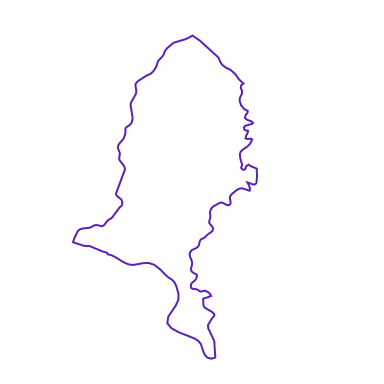 SVG path tracing the border of Río Negro, rotated 300°
{"feature_id": "URY-9", "entity_name": "Río Negro", "entity_type": "Department", "adm_level": 1, "iso_a3": "URY", "parent_name": "Uruguay", "parent_adm1": "", "projection": "equal_earth", "projection_center": [-57.526, -32.894], "detail": "fine", "context": "isolated", "style": "outline", "palette": "violet", "viewbox_px": 384, "rotation_deg": 300, "n_neighbors": 0, "source": "natural_earth", "source_scale": "10m", "svg_char_len": 3569}
<svg xmlns="http://www.w3.org/2000/svg" viewBox="0 0 384 384"><g transform="rotate(300 192 192)"><path d="M60.3,294.9L57.3,292.1L56.3,288.2L57.2,284.7L59.5,281.6L64.7,275.8L66.2,272.0L66.4,267.5L63.9,250.7L63.7,242.5L66.0,236.3L72.0,233.8L85.5,234.7L91.8,234.1L97.1,231.2L102.6,225.5L105.0,222.0L106.0,218.7L106.2,214.2L106.9,210.7L109.0,203.4L110.1,195.6L108.8,189.8L105.9,185.2L99.5,177.7L98.0,174.5L97.2,170.9L97.0,166.8L97.2,158.1L97.0,153.7L95.9,150.3L96.9,148.8L95.7,143.8L94.0,130.3L92.3,127.5L91.1,124.4L89.0,114.1L93.3,113.2L100.8,112.7L102.0,112.9L103.6,113.7L104.6,114.4L105.3,115.0L105.7,115.7L105.8,115.7L109.7,121.0L110.4,121.6L111.1,122.2L114.3,124.1L114.9,124.8L115.4,125.5L116.2,127.2L117.1,130.6L117.3,131.0L117.7,131.6L118.8,132.2L120.6,132.6L124.1,133.1L127.1,134.0L128.6,135.2L130.3,135.6L143.1,137.1L143.9,137.6L145.0,137.9L146.3,137.7L148.5,136.6L149.5,135.5L150.2,134.4L150.8,130.5L151.0,129.4L151.4,128.4L151.8,127.6L152.5,127.0L177.9,122.7L179.3,121.6L179.9,120.9L181.0,119.3L181.4,118.4L182.4,115.6L182.6,115.1L183.3,113.5L183.8,112.8L184.5,112.2L185.3,111.8L188.7,110.6L189.4,110.1L190.8,108.7L191.2,108.0L192.4,106.6L193.7,105.4L194.5,105.0L195.9,104.8L197.9,104.9L203.1,106.0L204.5,106.0L208.3,105.3L210.9,104.3L213.1,102.8L214.1,102.6L215.4,102.8L218.5,104.4L219.9,104.8L221.4,105.0L224.0,104.5L225.4,104.1L226.5,103.5L236.1,95.7L237.7,94.8L239.0,94.5L248.3,94.4L250.2,94.0L251.0,93.6L252.5,92.6L255.3,90.3L256.7,89.4L257.5,89.1L259.1,89.3L261.3,89.9L269.3,94.0L273.9,97.2L277.5,98.2L280.7,98.4L283.9,98.2L287.5,97.2L289.1,97.3L294.7,98.6L296.7,98.7L298.1,98.6L299.9,98.1L300.9,98.1L303.5,98.4L311.5,101.2L313.0,102.3L321.0,109.9L323.0,111.4L327.7,114.2L327.0,123.1L322.3,144.8L321.7,147.6L318.8,151.5L317.3,154.4L316.7,158.0L316.7,160.4L317.1,164.2L315.6,170.8L313.0,176.5L311.7,182.3L309.0,181.3L306.3,182.3L304.7,184.7L301.8,186.2L297.4,186.4L294.9,187.6L292.9,189.7L291.6,191.2L290.0,195.5L290.0,196.8L290.0,199.8L288.2,200.5L285.4,200.0L282.9,200.7L282.1,202.5L282.2,204.5L282.9,208.1L282.3,210.3L280.9,209.8L278.5,207.4L277.7,206.8L276.7,205.7L275.5,204.8L273.9,204.7L272.2,206.1L272.2,207.7L272.8,209.2L272.9,210.1L270.9,210.6L267.7,210.8L265.2,211.5L265.5,213.4L267.6,216.3L267.5,217.7L265.7,218.1L262.4,218.1L259.6,217.4L253.6,214.6L250.9,214.0L248.4,214.7L245.8,216.6L243.3,218.9L241.4,221.2L240.3,222.0L237.7,222.4L237.0,223.3L236.9,225.4L237.9,226.5L239.5,226.6L240.9,225.9L244.0,227.3L243.7,229.6L244.5,235.4L244.5,236.6L243.2,237.1L239.5,239.7L233.0,242.9L231.4,243.2L229.6,242.4L228.9,240.3L228.0,235.2L226.5,237.6L224.1,240.5L221.9,241.2L220.3,233.6L218.6,231.3L216.0,229.7L210.0,227.5L208.5,227.2L206.9,227.3L205.2,228.2L202.2,230.7L200.5,231.2L198.9,230.4L198.2,228.5L198.0,226.1L198.0,223.9L197.4,222.4L196.1,221.2L189.7,217.4L186.4,216.9L183.3,217.7L180.5,219.9L179.4,220.4L174.5,221.9L173.5,222.8L172.1,227.0L171.0,228.5L168.2,229.2L162.6,226.7L158.2,225.5L156.1,223.7L154.5,223.3L152.7,223.5L149.7,224.5L147.9,224.6L145.6,223.7L141.6,220.9L139.0,220.5L136.4,221.3L134.6,223.1L133.1,225.2L131.1,227.3L128.9,228.4L124.6,229.6L123.1,231.2L122.6,234.1L122.9,236.5L122.3,238.1L119.1,239.0L116.6,238.7L114.5,237.8L112.4,237.2L110.0,237.9L108.5,239.3L108.4,240.7L110.0,244.5L110.1,245.9L110.0,247.6L110.0,249.1L110.8,250.2L112.7,252.2L113.1,252.5L113.3,255.7L112.7,258.9L111.5,260.5L110.0,259.1L109.3,258.9L106.8,256.3L105.1,255.1L100.2,258.1L98.6,259.8L98.2,261.7L98.1,269.0L97.5,272.3L95.8,273.2L91.7,272.4L84.7,272.4L82.0,274.3L74.2,285.7L60.4,294.9L60.3,294.9Z" fill="none" stroke="#5b21b6" stroke-width="2"/></g></svg>